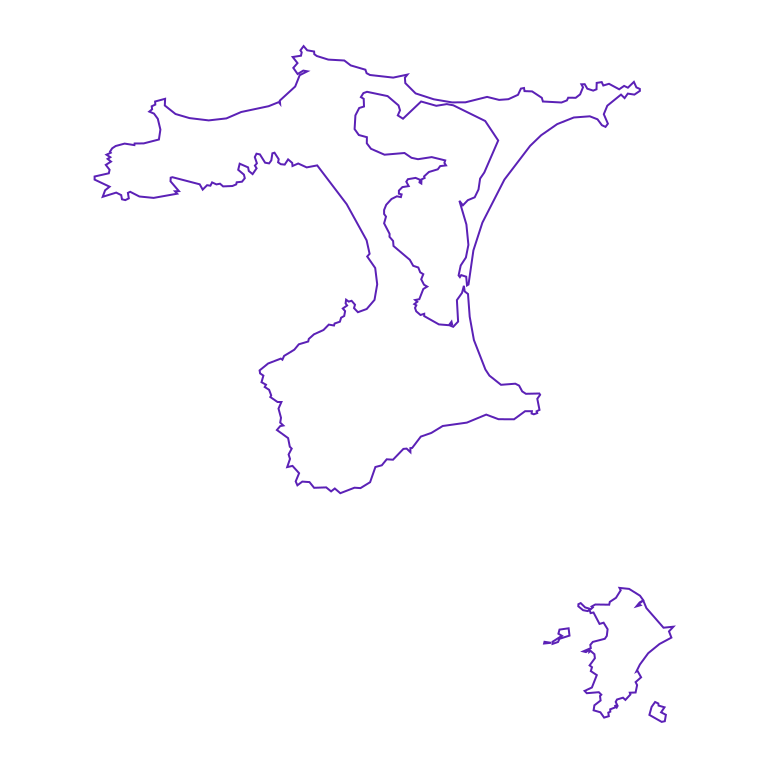 the district of Chatham Islands Territory, New Zealand
{"feature_id": "76426892B18906871273548", "entity_name": "Chatham Islands Territory", "entity_type": "district", "adm_level": 2, "iso_a3": "NZL", "parent_name": "New Zealand", "parent_adm1": "", "projection": "equal_earth", "projection_center": [-176.482, -44.024], "detail": "fine", "context": "isolated", "style": "outline", "palette": "violet", "viewbox_px": 768, "rotation_deg": 0, "n_neighbors": 0, "source": "geoboundaries", "source_scale": "gbopen_adm2", "svg_char_len": 6061}
<svg xmlns="http://www.w3.org/2000/svg" viewBox="0 0 768 768"><path d="M303.6,46.1L300.4,50.4L301.7,52.3L301.0,55.7L292.7,57.0L297.5,63.1L293.3,67.9L297.6,74.0L303.3,70.6L307.4,71.3L299.7,75.2L295.2,86.5L279.8,100.6L280.1,103.8L278.8,102.1L268.6,106.2L241.2,112.0L226.4,118.4L208.7,120.4L189.5,118.1L175.5,114.0L164.8,105.5L165.1,98.8L155.1,101.5L155.3,104.6L151.7,106.3L152.1,109.3L149.3,111.6L154.0,113.6L157.8,118.8L160.4,129.6L158.9,139.5L143.7,143.4L134.6,143.5L134.4,145.1L124.6,143.6L115.7,146.0L112.2,148.3L110.0,151.6L110.8,152.7L106.5,154.7L110.3,157.2L107.6,158.9L111.0,161.6L105.8,164.9L109.6,169.8L108.8,173.3L94.6,176.5L94.6,179.6L109.6,186.7L105.1,190.3L102.7,196.8L116.2,192.6L121.2,195.1L122.0,199.3L125.3,200.1L128.8,198.4L127.9,192.9L130.2,191.8L139.4,196.5L153.6,197.9L177.2,193.7L175.0,191.3L178.9,191.1L170.5,181.3L170.7,177.7L172.4,177.2L199.7,184.3L202.7,189.6L207.1,185.2L210.4,185.7L212.1,182.4L216.4,184.4L220.0,183.7L223.1,186.4L232.4,186.0L236.2,184.4L236.7,182.3L242.0,181.7L244.8,178.2L243.9,174.6L238.2,169.8L239.7,163.7L248.1,167.4L248.8,171.0L252.6,174.1L256.6,168.3L254.9,165.6L256.9,163.3L254.8,157.1L256.5,153.7L259.9,154.4L265.1,162.7L269.1,163.4L271.3,160.4L272.4,153.3L274.5,152.7L278.7,159.2L278.1,162.3L280.8,164.2L284.7,164.6L288.1,159.4L292.2,162.9L292.5,166.0L298.2,163.5L306.7,167.4L317.2,165.4L346.7,204.2L366.6,240.3L369.6,253.8L367.2,256.5L375.2,268.0L377.2,284.3L374.5,299.9L366.7,309.0L357.9,312.2L354.0,308.1L355.0,304.7L351.6,300.8L348.7,301.6L346.1,299.7L345.6,303.4L347.1,305.5L342.8,308.5L345.1,311.1L344.2,316.0L341.1,317.7L339.9,321.7L334.6,323.5L334.0,325.5L328.8,324.6L323.5,330.0L314.0,334.3L308.8,338.9L308.2,341.5L298.8,344.3L294.3,349.7L284.1,355.9L282.4,359.7L280.8,358.6L268.1,363.5L259.6,370.4L260.1,373.4L263.4,375.6L261.5,382.2L266.0,384.7L264.7,387.0L269.1,389.8L271.2,395.4L270.3,397.0L277.5,402.0L281.4,402.0L278.5,408.6L281.0,417.8L280.2,422.6L283.3,425.5L280.2,426.1L276.9,430.0L288.1,438.1L289.8,446.7L291.7,448.6L288.6,454.5L290.0,458.9L287.2,467.1L292.5,465.9L299.1,473.2L295.7,481.4L297.4,485.3L302.3,481.6L309.5,482.1L314.1,487.8L326.2,487.4L331.1,491.4L334.8,488.5L340.3,493.2L354.5,487.7L360.5,488.1L370.1,482.2L375.4,467.0L381.8,465.3L386.7,459.3L393.0,459.7L403.4,448.9L406.6,448.6L410.4,452.2L410.4,448.1L412.2,447.9L420.8,436.6L431.4,432.9L442.7,426.0L466.9,422.6L486.2,414.6L498.5,419.2L514.0,419.3L525.1,411.2L531.9,411.2L531.6,413.5L533.8,414.3L537.2,413.1L536.6,411.3L539.5,409.9L537.3,398.8L540.1,394.8L539.3,393.5L525.9,393.8L522.2,391.4L519.1,385.6L515.3,383.7L501.0,384.8L489.4,375.6L485.4,369.5L473.9,340.0L469.7,316.7L468.0,294.0L464.7,291.4L463.9,285.8L462.0,292.9L456.9,300.1L458.1,321.6L453.2,326.8L449.5,325.3L452.1,324.4L451.5,321.7L448.9,325.2L438.9,324.4L424.2,316.1L424.2,313.8L420.5,315.0L416.2,311.3L415.0,307.9L416.3,305.3L414.3,304.1L417.3,301.8L415.2,300.0L419.3,299.2L423.3,289.0L427.2,286.6L424.0,284.7L421.2,279.3L423.3,274.2L420.2,272.3L418.3,267.5L413.2,265.8L409.8,259.8L393.5,246.0L393.1,241.0L389.5,236.8L389.6,233.9L384.1,223.3L386.0,216.6L384.1,214.0L384.1,210.0L386.2,204.8L391.5,199.0L396.9,196.3L400.9,197.1L401.6,194.4L398.9,193.7L398.9,190.6L402.4,187.1L408.7,186.1L406.3,181.7L407.9,179.2L415.6,177.9L420.1,179.8L419.5,182.4L421.3,183.5L421.5,179.4L424.6,178.0L424.1,176.4L428.9,172.0L437.8,169.3L440.2,166.1L446.0,165.4L444.4,162.9L445.2,160.4L431.7,157.1L418.0,159.2L411.5,157.8L404.5,153.0L384.5,154.7L371.0,148.8L366.8,143.3L366.9,137.2L358.8,135.0L354.6,129.1L355.4,115.4L359.2,108.0L364.0,106.5L363.7,98.8L360.9,97.1L363.4,93.1L367.0,91.8L387.6,96.1L398.5,105.4L400.0,110.3L397.8,115.4L403.0,118.7L421.1,101.5L436.3,105.8L446.8,104.1L453.3,105.3L485.2,121.0L498.2,140.5L484.3,172.5L480.1,178.6L478.5,189.5L474.7,197.3L467.8,200.2L462.9,205.3L459.4,200.8L466.4,224.5L468.4,244.9L465.9,257.5L460.7,265.5L458.6,275.4L459.9,277.1L461.2,275.1L466.2,276.7L467.0,285.4L468.5,284.5L473.4,250.4L482.4,222.6L504.4,179.6L530.1,145.9L541.2,135.2L557.2,124.1L573.8,117.5L589.8,116.3L597.5,119.3L601.9,125.2L605.5,126.9L607.9,123.7L603.8,114.2L607.3,105.7L621.0,94.6L624.6,98.1L627.8,93.6L634.4,94.6L639.9,90.9L639.8,88.9L636.4,87.4L633.9,81.9L627.9,87.7L624.1,85.9L619.2,89.3L609.0,83.8L603.3,85.5L601.7,82.1L596.7,82.9L596.5,89.3L593.2,90.6L587.3,88.7L584.7,84.2L581.4,84.3L583.0,87.3L580.1,94.4L575.7,97.8L568.2,97.7L566.9,100.4L561.5,102.5L542.9,101.5L541.8,97.8L532.1,91.4L524.5,91.1L524.0,88.0L520.9,88.6L518.0,94.8L508.4,99.2L499.1,99.9L487.1,96.9L465.5,102.3L452.1,102.4L433.8,99.3L415.6,93.4L405.3,83.1L404.9,77.7L407.4,74.6L393.2,77.6L370.0,75.0L366.6,73.2L365.4,69.7L350.7,65.4L344.3,60.5L328.3,59.6L316.8,56.0L314.3,54.2L314.1,51.5L307.2,50.3L303.6,46.1ZM629.1,588.9L619.5,587.9L620.7,590.3L616.0,597.8L609.8,601.9L609.2,604.7L595.3,604.5L591.7,606.5L592.8,607.4L590.9,609.1L585.1,607.4L580.7,603.1L578.4,604.2L578.3,606.3L583.1,610.2L587.8,611.1L589.5,609.6L590.6,613.1L593.5,612.5L599.5,623.9L603.6,622.7L607.6,629.2L606.8,635.9L604.8,638.8L592.8,641.9L590.3,644.9L590.8,648.1L583.2,651.4L586.0,652.1L589.5,649.5L589.3,651.9L590.6,650.9L594.4,654.2L594.9,658.2L589.6,665.4L592.0,667.2L590.8,671.1L596.8,675.1L591.9,687.5L584.6,690.9L586.8,693.2L598.8,692.2L601.3,694.7L600.0,696.0L600.6,700.5L594.4,705.3L593.6,710.3L600.4,712.3L604.1,717.6L608.8,716.2L608.3,712.6L610.3,711.7L610.2,709.3L615.6,707.3L614.8,705.1L616.7,707.5L617.6,705.9L615.7,701.9L617.0,699.5L623.0,697.7L625.4,699.9L630.4,694.5L629.8,692.7L635.6,692.5L637.1,685.1L635.6,682.1L641.1,677.3L637.5,670.9L636.4,671.5L639.9,664.5L648.2,653.2L659.5,644.0L671.4,637.6L669.0,631.4L673.4,626.7L663.5,627.7L646.4,608.1L643.3,600.6L638.8,603.8L640.5,605.2L636.4,606.4L639.7,602.4L643.3,600.3L640.0,595.7L629.1,588.9ZM655.1,702.0L651.6,706.9L649.4,714.9L661.7,721.9L664.8,721.2L665.9,714.8L661.1,712.3L664.5,707.3L658.6,705.6L658.3,703.5L655.1,702.0ZM568.6,628.3L559.5,629.6L558.4,633.7L561.9,635.8L552.5,641.8L552.5,643.9L558.0,642.0L559.5,638.8L569.5,635.6L568.6,628.3ZM551.0,642.8L544.5,641.8L544.1,643.5L551.0,642.8Z" fill="none" stroke="#5b21b6" stroke-width="2"/></svg>